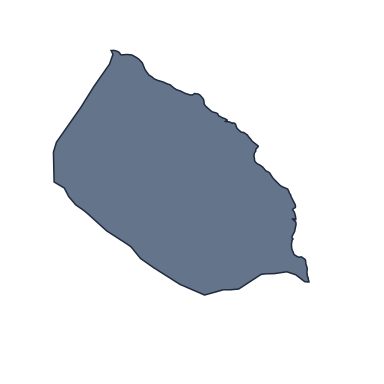 South Tanna, Tafea, Vanuatu, rotated 305°
{"feature_id": "77236927B47218530990891", "entity_name": "South Tanna", "entity_type": "district", "adm_level": 2, "iso_a3": "VUT", "parent_name": "Vanuatu", "parent_adm1": "Tafea", "projection": "orthographic", "projection_center": [169.459, -19.612], "detail": "fine", "context": "isolated", "style": "filled", "palette": "slate", "viewbox_px": 384, "rotation_deg": 305, "n_neighbors": 0, "source": "geoboundaries", "source_scale": "gbopen_adm2", "svg_char_len": 2581}
<svg xmlns="http://www.w3.org/2000/svg" viewBox="0 0 384 384"><g transform="rotate(305 192 192)"><path d="M185.3,339.4L185.9,339.0L186.5,338.1L188.8,335.8L189.3,334.5L190.6,333.7L191.7,332.5L195.4,330.3L196.7,328.9L197.4,327.9L198.3,326.6L201.2,324.2L201.7,322.7L201.6,319.0L201.6,318.8L201.5,318.6L200.2,317.3L199.5,315.8L199.3,311.7L199.3,311.4L200.6,309.7L201.6,307.8L203.3,305.8L205.7,303.8L209.7,301.7L211.5,301.7L211.7,301.0L211.6,300.5L211.8,300.2L212.7,299.5L218.6,298.7L225.2,295.8L227.0,294.2L227.5,289.9L228.3,290.5L228.7,291.6L228.8,292.8L229.3,292.7L231.7,290.5L234.1,287.5L235.0,285.3L235.1,285.1L235.2,284.9L235.2,284.6L236.6,284.6L237.9,285.3L238.6,285.5L239.2,285.3L239.4,285.2L239.6,285.0L240.8,283.9L245.3,275.3L246.1,274.7L246.4,273.9L247.0,272.4L248.2,270.7L248.3,270.5L248.4,270.4L249.3,268.6L248.0,262.3L248.0,260.0L249.8,250.3L252.1,244.8L252.2,243.1L251.7,240.2L253.0,235.6L253.0,231.8L252.6,229.7L252.6,228.6L252.7,228.1L253.2,225.9L254.3,224.7L256.2,223.1L256.8,222.3L256.8,222.2L259.4,220.9L260.5,220.7L261.7,220.9L263.5,219.8L264.4,219.9L267.2,220.2L267.7,219.8L267.8,217.7L268.1,212.0L269.1,209.3L269.6,206.8L270.5,204.6L270.4,200.0L269.3,198.4L269.6,194.5L270.0,192.5L271.1,190.5L271.6,190.0L272.5,188.9L272.8,187.5L272.7,187.2L272.0,185.8L271.5,185.8L271.1,183.5L271.0,182.9L270.5,181.6L269.3,179.7L269.0,178.9L269.7,179.1L270.8,179.7L271.2,179.3L271.0,177.1L270.2,174.0L270.0,171.7L269.7,170.5L269.7,169.9L270.7,168.4L270.8,168.2L270.7,166.6L269.3,162.6L269.3,162.1L269.4,160.9L269.6,158.2L270.1,154.6L270.2,153.9L270.3,153.2L271.2,151.4L273.4,149.6L274.0,148.8L274.4,148.4L275.0,147.0L275.4,145.3L276.0,142.7L275.8,140.9L274.1,137.5L272.5,137.1L272.3,137.0L272.1,136.8L270.7,135.4L268.9,130.0L268.1,124.5L267.7,123.2L267.0,120.9L266.8,118.3L267.0,115.1L267.3,112.7L266.5,110.1L265.5,105.1L265.5,104.9L265.4,104.7L263.6,99.3L263.0,96.1L263.3,93.0L263.2,90.2L263.1,89.8L264.1,86.6L265.4,83.2L269.3,77.2L270.3,72.3L270.3,69.5L269.8,64.2L268.9,62.5L267.2,59.6L264.4,56.3L263.7,55.0L263.7,54.3L263.7,54.1L263.9,53.9L264.1,53.7L264.3,53.3L264.4,53.1L264.4,52.9L264.6,51.8L264.5,50.6L263.7,47.9L263.1,46.6L261.5,44.6L259.4,48.3L249.4,51.1L244.4,51.1L221.8,51.1L197.7,52.4L180.5,52.4L155.1,52.4L145.2,55.6L121.1,73.3L122.0,85.1L117.5,93.7L114.8,104.1L114.8,114.5L114.3,120.0L113.0,130.0L111.2,144.5L112.1,167.6L112.1,173.5L108.0,188.0L108.0,203.8L109.4,235.1L114.8,261.4L129.8,273.7L133.9,279.5L139.3,285.9L164.2,295.9L167.4,299.5L172.4,306.3L181.0,315.4L183.7,324.4L183.2,335.8L185.3,339.4Z" fill="#64748b" stroke="#1e293b" stroke-width="1.5"/></g></svg>